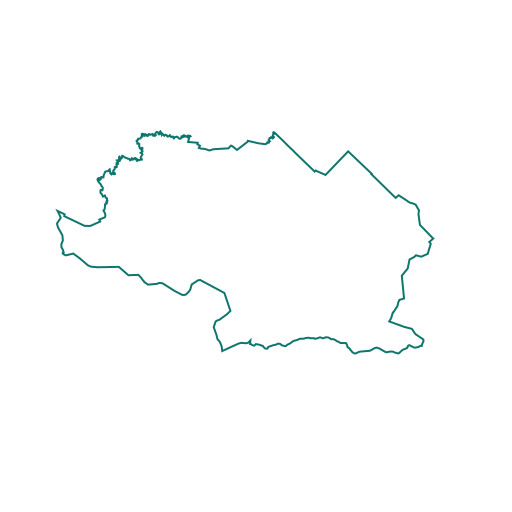 outline of Kārķu pag., Valkas, Latvia, rotated 328°
{"feature_id": "27541924B33710891924664", "entity_name": "Kārķu pag.", "entity_type": "district", "adm_level": 2, "iso_a3": "LVA", "parent_name": "Latvia", "parent_adm1": "Valkas", "projection": "mercator", "projection_center": [25.591, 57.815], "detail": "fine", "context": "isolated", "style": "outline", "palette": "teal", "viewbox_px": 512, "rotation_deg": 328, "n_neighbors": 0, "source": "geoboundaries", "source_scale": "gbopen_adm2", "svg_char_len": 6089}
<svg xmlns="http://www.w3.org/2000/svg" viewBox="0 0 512 512"><g transform="rotate(328 256 256)"><path d="M337.0,160.8L336.4,160.3L336.1,160.4L336.0,161.1L336.3,161.4L336.1,162.1L335.1,161.8L334.6,162.6L333.9,162.8L333.6,163.3L333.6,164.0L334.2,164.6L333.8,165.0L332.4,165.1L332.1,164.2L332.2,163.7L332.0,163.4L331.4,163.2L330.8,163.7L330.0,163.2L328.8,164.3L328.2,164.4L328.5,165.9L327.9,165.8L327.2,166.6L326.1,165.6L325.8,165.6L325.4,166.4L324.6,166.1L323.4,166.3L318.0,161.9L310.2,154.1L309.9,154.6L296.1,156.0L294.4,151.1L293.7,149.6L293.2,149.1L289.7,150.1L276.5,142.9L272.4,141.8L269.3,138.0L266.5,136.0L264.8,134.0L266.9,132.8L265.5,130.2L266.6,129.1L258.8,123.3L262.9,119.6L263.4,119.4L263.9,119.6L263.9,119.3L263.6,118.9L263.3,118.9L262.4,118.2L262.3,119.2L261.6,118.8L261.3,119.3L261.0,119.2L260.6,118.5L260.6,117.8L259.3,117.2L259.6,116.8L259.3,116.6L259.2,116.2L259.3,116.0L258.9,115.4L258.3,115.7L258.4,115.9L258.1,116.2L257.7,115.8L257.6,115.3L257.2,115.2L256.4,115.6L256.1,115.4L256.0,115.9L256.3,116.3L255.1,116.1L254.3,116.5L253.4,116.2L252.8,115.0L252.8,114.2L252.2,112.9L249.7,112.2L248.9,112.8L248.5,112.6L248.5,112.2L249.1,111.6L249.2,111.1L248.7,110.6L247.0,110.1L246.9,109.7L247.1,108.1L247.0,107.9L245.7,108.3L244.3,107.9L244.2,107.7L244.6,107.0L244.5,106.8L244.0,106.4L243.6,105.3L242.9,105.1L242.0,105.4L241.8,103.7L241.3,103.3L240.5,103.5L241.3,102.2L241.1,101.8L241.1,101.2L240.8,100.8L240.9,99.7L240.0,99.9L239.0,101.8L238.2,101.5L238.0,100.8L238.6,99.8L237.6,98.2L235.4,98.7L235.0,99.5L234.1,99.9L234.7,100.1L234.9,100.4L234.0,100.6L232.5,99.4L232.5,98.5L233.1,98.1L232.9,97.7L230.7,97.2L230.0,95.9L229.1,95.9L228.6,96.1L228.5,96.7L227.6,96.8L226.7,95.5L227.2,94.9L226.8,94.3L226.1,94.7L225.8,93.7L225.2,94.0L225.5,94.8L224.9,94.9L224.5,93.2L224.9,92.6L224.5,92.1L224.0,92.0L223.2,92.7L222.7,94.5L221.7,94.3L220.2,95.1L218.1,94.1L217.3,95.0L216.1,94.9L215.6,95.2L215.7,96.8L215.1,97.3L214.9,97.9L216.3,98.6L216.4,99.2L214.9,101.2L215.0,101.9L214.6,103.0L215.0,103.8L216.7,103.9L216.9,104.0L216.9,104.3L215.1,105.2L215.1,105.6L215.6,106.0L215.0,106.5L215.0,107.3L212.9,107.4L213.5,108.4L213.6,109.6L210.3,111.4L210.1,112.2L210.5,113.5L210.2,113.8L209.3,113.1L207.9,113.0L206.9,111.7L206.0,112.4L205.5,112.4L205.5,111.7L206.2,110.6L205.9,110.2L205.1,110.0L205.2,109.7L205.7,109.3L205.3,108.7L202.5,109.0L202.3,108.6L202.9,108.0L202.5,107.3L200.6,108.3L200.0,108.2L200.0,106.6L199.9,106.3L198.8,105.6L198.2,104.3L197.3,103.5L196.9,102.3L195.8,100.2L195.3,100.2L194.9,101.2L194.5,101.7L193.6,101.9L193.1,101.5L192.8,99.4L192.2,99.6L191.5,100.8L191.5,101.1L192.2,101.3L191.6,101.6L192.0,102.0L191.9,102.4L191.3,102.4L190.8,103.2L190.3,103.1L189.9,101.7L189.1,101.4L189.4,102.1L189.3,102.5L188.6,102.5L188.5,103.1L187.7,103.2L188.1,104.1L188.0,104.7L187.4,104.8L186.7,103.8L186.1,104.5L185.2,106.7L184.4,106.7L183.6,105.7L183.4,105.7L182.2,107.4L180.1,108.0L179.6,108.8L180.1,111.0L179.8,111.7L178.8,111.4L178.4,110.9L179.0,110.5L179.2,110.1L179.0,109.7L178.0,109.5L176.6,110.1L176.2,108.8L177.8,105.0L176.7,105.1L175.9,105.8L173.5,104.7L172.8,104.6L169.4,107.0L168.3,108.5L167.7,108.3L166.9,107.1L166.5,107.0L166.0,107.3L165.0,108.7L163.3,108.7L162.8,108.5L163.4,107.9L163.3,107.6L163.5,107.2L164.2,106.8L163.6,106.5L162.9,106.6L162.2,107.0L161.8,108.3L161.8,110.4L162.3,112.7L162.3,113.6L162.0,114.4L162.3,115.8L162.2,117.0L161.2,118.4L160.6,118.8L160.0,118.0L159.0,117.8L157.6,120.0L158.0,121.9L157.7,124.5L159.9,124.6L159.9,125.2L159.6,125.5L159.5,127.0L160.1,127.8L160.1,128.5L159.0,129.7L159.3,130.3L158.8,130.8L157.7,131.0L157.9,131.4L157.4,131.5L157.2,132.4L155.3,132.2L154.9,133.1L152.2,136.3L150.8,136.6L150.5,140.2L149.6,142.0L149.0,142.7L148.3,143.1L142.4,142.1L142.1,144.2L131.4,142.7L126.6,139.6L114.5,120.6L115.8,119.3L111.6,112.6L111.3,115.7L110.7,120.1L104.8,122.8L104.3,123.3L103.2,126.8L102.8,135.8L100.4,140.5L97.1,142.9L95.6,145.6L95.5,148.8L95.1,149.6L94.8,151.0L93.8,150.9L93.4,151.6L93.9,152.8L95.1,154.7L102.3,157.1L105.2,164.3L108.5,174.8L110.4,177.6L115.7,181.6L133.9,192.5L137.6,204.7L146.3,209.7L147.1,213.9L147.2,216.6L147.5,217.6L147.5,219.0L149.3,223.1L157.2,227.1L159.5,227.5L162.2,229.5L168.4,242.4L172.9,250.0L174.8,251.2L176.5,251.5L180.5,250.5L182.4,249.7L186.3,246.1L193.9,245.9L195.9,246.7L209.6,270.6L205.2,289.0L200.6,290.0L190.9,290.7L189.4,290.2L187.1,290.1L182.4,294.0L180.7,301.8L179.3,306.0L179.3,306.5L179.8,309.1L179.5,312.0L178.8,314.9L177.0,318.7L194.7,321.0L197.2,321.7L201.6,324.9L203.5,325.4L206.5,324.6L204.4,327.5L204.8,327.7L205.7,329.7L206.5,330.7L207.3,331.1L209.2,330.6L212.2,333.4L213.5,335.3L214.1,335.7L214.2,337.3L214.8,339.4L216.6,340.6L218.3,339.6L223.3,340.8L226.1,341.8L228.3,342.0L230.0,343.5L230.5,345.2L232.5,347.6L233.5,348.2L235.2,347.8L238.3,348.2L242.6,347.9L247.1,349.2L249.0,349.3L252.9,351.5L254.8,351.9L257.5,353.3L258.3,354.4L261.6,356.4L261.8,357.1L263.2,358.0L267.2,358.9L269.3,361.4L271.9,361.8L273.8,363.1L274.9,364.6L275.7,366.5L277.2,367.2L278.5,368.8L279.7,371.6L280.7,372.6L281.1,373.8L281.6,374.6L286.1,377.5L286.2,378.0L286.0,379.8L285.3,381.9L285.7,382.5L286.3,384.1L286.4,384.8L286.2,385.2L286.5,386.2L286.6,387.9L287.1,389.4L287.9,390.8L288.9,391.5L292.0,391.8L293.7,392.3L302.3,396.7L307.8,397.0L309.7,397.6L311.6,399.8L315.0,406.2L316.0,407.0L318.4,407.8L320.6,409.0L321.6,409.9L322.7,411.6L324.9,414.0L326.2,414.1L330.4,413.3L335.5,414.1L337.4,412.7L338.3,412.7L338.9,413.0L341.3,417.0L342.2,418.0L345.4,419.2L348.1,419.4L348.9,420.0L350.5,418.5L352.7,417.2L353.7,415.5L349.9,406.9L349.7,405.3L349.6,400.4L344.0,394.5L334.3,382.1L337.6,380.4L342.0,376.5L342.3,376.7L349.3,373.5L351.9,370.9L354.3,369.2L359.0,370.5L369.2,350.0L378.0,347.0L384.4,340.3L389.7,340.7L392.1,340.2L395.7,344.1L402.7,345.2L410.7,338.2L410.4,336.0L415.6,335.1L415.4,334.6L411.5,316.5L416.0,306.5L418.4,303.7L418.6,297.0L416.7,294.3L415.2,292.9L413.9,290.8L413.6,289.7L409.2,280.1L405.2,280.7L397.5,248.9L397.2,247.7L397.7,247.6L389.6,216.1L357.9,224.1L351.8,215.1L350.5,215.5L343.7,188.3L343.7,187.7L341.5,179.3L340.0,172.5L337.0,160.8Z" fill="none" stroke="#0f766e" stroke-width="2"/></g></svg>